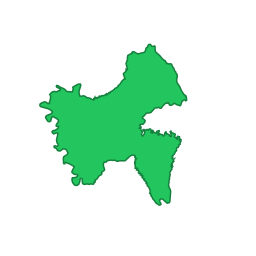 outline of Bokong, Thaba-Tseka, Lesotho, rotated 133°
{"feature_id": "5366337B35229058377929", "entity_name": "Bokong", "entity_type": "district", "adm_level": 2, "iso_a3": "LSO", "parent_name": "Lesotho", "parent_adm1": "Thaba-Tseka", "projection": "orthographic", "projection_center": [28.644, -29.377], "detail": "fine", "context": "isolated", "style": "filled", "palette": "green", "viewbox_px": 256, "rotation_deg": 133, "n_neighbors": 0, "source": "geoboundaries", "source_scale": "gbopen_adm2", "svg_char_len": 5939}
<svg xmlns="http://www.w3.org/2000/svg" viewBox="0 0 256 256"><g transform="rotate(133 128 128)"><path d="M157.0,208.0L157.0,207.3L157.8,205.9L161.4,203.5L162.9,203.1L163.4,202.2L164.7,202.9L165.0,205.6L165.9,207.0L168.6,208.3L170.3,208.7L171.7,207.8L171.9,206.4L168.1,199.0L167.6,196.8L167.6,194.5L168.7,193.9L170.4,194.0L173.9,195.8L175.5,196.0L176.4,195.6L176.8,194.8L177.8,191.2L177.2,189.9L175.8,189.2L172.3,191.0L170.9,190.9L169.8,186.8L169.7,184.2L171.0,183.2L174.2,182.8L175.5,182.0L175.5,181.3L174.2,179.9L175.2,179.2L176.6,179.0L180.1,180.1L181.4,181.1L182.4,181.1L183.1,180.1L183.0,178.3L180.5,177.1L179.7,175.8L181.4,174.5L185.5,172.2L187.3,169.7L187.4,168.4L188.1,167.3L189.5,167.3L190.1,167.8L190.7,169.1L191.5,169.7L192.5,169.0L192.5,168.3L191.9,167.0L192.1,164.6L192.5,164.3L192.0,163.0L191.0,161.9L187.6,161.3L186.2,159.4L185.9,158.3L187.0,155.6L187.0,155.0L189.0,154.4L192.9,155.4L194.2,154.7L197.8,151.0L197.9,150.5L197.2,149.8L195.9,150.3L195.4,149.9L195.0,148.2L194.0,146.0L192.9,140.9L197.7,139.5L198.4,139.1L198.8,138.2L198.5,135.7L196.6,133.1L197.0,132.3L198.6,132.1L199.5,132.4L201.9,134.1L202.1,134.6L202.8,134.7L204.5,133.2L205.7,131.2L206.2,128.4L205.7,127.1L204.8,126.2L203.0,125.6L200.0,126.7L198.2,128.1L197.0,128.2L196.5,126.7L196.7,126.1L197.5,125.8L199.5,123.5L199.4,121.9L196.8,119.7L195.4,117.6L194.3,117.3L193.0,115.1L191.8,115.0L191.0,115.7L190.1,115.2L189.8,115.9L188.9,115.8L188.5,116.5L186.4,115.9L183.1,116.5L180.3,115.7L179.3,115.9L178.4,117.1L175.0,116.4L174.0,117.3L172.4,120.3L170.4,121.9L169.3,122.1L167.9,120.8L165.8,120.7L163.2,118.6L161.8,116.7L160.8,116.1L159.8,113.2L157.4,111.5L154.0,107.8L147.0,107.3L145.4,106.7L143.9,105.4L143.5,104.1L143.7,103.5L144.5,103.4L144.9,102.7L144.6,102.3L145.1,101.5L144.8,101.0L146.0,101.2L146.3,100.5L147.9,100.2L148.2,99.1L148.7,99.4L149.3,98.5L149.7,98.6L150.2,97.4L151.6,96.3L151.7,95.5L152.5,95.2L151.4,94.2L152.6,93.3L152.3,93.2L152.4,92.9L151.8,92.8L152.4,92.4L152.1,92.1L152.0,91.1L152.5,90.8L152.5,90.3L153.6,89.9L153.7,89.4L152.8,89.6L153.5,89.0L152.8,88.1L153.8,87.2L152.6,86.6L153.6,86.0L153.2,85.7L153.0,84.3L154.3,84.4L154.2,83.8L154.6,83.4L154.6,82.8L154.2,81.6L154.7,81.4L154.4,80.8L154.8,80.2L155.2,80.3L155.2,78.8L154.9,78.3L155.4,77.6L155.2,76.9L156.3,76.8L155.9,75.6L157.2,74.4L156.9,73.1L158.1,70.0L159.3,68.5L161.0,67.5L160.7,66.6L161.4,65.8L161.5,64.9L162.0,64.6L162.2,63.0L162.9,61.7L163.2,58.4L163.8,56.5L163.1,52.5L162.0,51.8L161.2,51.9L160.8,52.5L160.5,53.9L159.6,55.2L158.5,55.8L157.6,55.6L156.6,54.6L156.4,54.0L156.3,48.1L154.4,46.9L153.3,47.2L145.3,53.5L144.0,55.6L143.2,58.2L142.7,58.4L141.5,60.0L139.7,60.9L138.9,62.0L137.2,62.7L135.8,64.1L135.1,64.2L134.2,65.1L133.6,65.1L131.8,67.3L130.7,67.3L129.9,67.8L128.3,67.7L127.6,68.8L126.6,68.8L126.6,70.3L125.4,69.5L125.2,71.3L124.4,70.9L123.9,71.8L122.5,71.5L121.7,72.3L121.1,71.8L120.4,73.2L119.3,73.3L120.2,73.7L120.1,74.8L119.8,75.3L119.2,75.1L118.8,76.0L117.9,76.1L117.8,76.5L115.7,76.3L112.8,77.2L111.5,77.0L110.1,78.5L109.0,78.9L107.9,78.1L106.1,78.7L105.6,79.3L104.3,78.8L103.8,79.5L101.5,80.3L100.3,81.3L100.5,82.1L101.7,82.0L99.3,84.4L100.3,86.1L101.6,85.6L102.2,84.3L102.8,84.4L102.4,86.5L102.7,87.7L102.5,88.3L100.6,88.9L100.3,89.4L101.7,93.2L101.0,94.5L101.9,94.7L104.2,90.8L104.8,90.7L105.2,91.0L105.3,92.1L104.9,93.4L105.6,95.5L106.2,96.2L106.0,96.6L105.0,97.0L105.0,97.7L106.3,97.7L108.5,96.5L109.7,96.6L109.5,98.5L110.2,99.4L110.6,101.1L111.1,101.2L112.1,100.6L112.6,101.5L111.2,102.5L108.9,102.9L108.7,103.5L110.9,104.7L112.3,103.9L112.9,104.1L113.5,106.3L112.8,108.0L113.0,108.4L113.7,108.0L114.6,106.6L115.4,106.9L115.5,108.4L113.8,109.6L113.4,110.6L113.7,111.4L114.9,111.8L115.5,111.5L116.0,113.1L117.6,113.4L118.2,115.4L119.0,115.8L119.8,115.0L119.2,113.5L119.5,113.0L121.1,112.1L123.9,111.8L123.7,113.7L121.5,114.6L120.9,115.4L120.7,117.1L119.5,118.4L120.4,119.5L119.8,119.7L118.5,119.1L118.1,120.3L118.3,121.1L117.9,121.5L116.8,121.3L115.0,119.6L112.2,119.7L110.8,120.7L110.8,124.5L109.6,124.8L107.8,124.5L104.5,124.7L102.4,122.6L100.8,121.8L95.0,122.0L93.5,120.5L92.0,119.8L91.7,118.1L90.8,117.2L88.4,117.6L84.3,117.4L82.8,116.0L82.1,116.0L82.4,114.2L82.9,113.5L82.8,112.9L81.4,111.6L78.3,111.0L77.7,108.3L76.2,105.1L75.4,105.0L72.1,106.5L70.8,106.6L69.1,106.0L68.7,105.5L68.8,104.3L67.5,104.1L65.3,107.0L65.6,107.3L65.1,107.7L65.4,108.1L65.1,108.7L65.3,110.0L64.3,114.3L62.5,118.3L61.3,123.4L58.7,126.0L57.0,126.8L55.3,128.7L55.0,130.7L54.4,131.5L54.3,133.1L53.0,135.4L52.8,137.4L51.8,139.2L51.8,140.5L53.5,142.0L53.8,143.3L54.5,143.6L53.4,146.6L53.8,147.7L53.9,150.6L53.4,154.0L53.5,159.7L52.7,161.1L49.8,164.0L49.9,164.5L51.7,165.7L51.9,166.5L51.6,168.7L52.7,169.7L54.0,169.7L55.1,168.9L57.2,169.3L59.4,168.1L60.9,167.6L61.7,167.8L67.2,171.4L68.2,175.7L69.1,176.6L70.1,176.6L70.7,175.8L71.3,176.4L75.0,177.6L76.8,176.6L78.3,175.1L82.2,173.4L85.5,168.3L86.0,168.4L86.3,169.4L86.9,168.6L87.5,168.7L88.2,168.1L91.1,168.5L91.8,168.1L94.0,163.8L94.3,164.3L94.9,164.0L96.9,164.5L102.2,163.7L103.4,164.2L104.2,163.7L106.3,163.8L108.1,164.6L109.1,164.3L112.5,165.1L112.9,165.4L114.4,165.2L114.6,165.7L115.1,165.5L115.3,166.0L115.9,165.6L117.3,166.4L117.9,166.2L117.7,166.7L118.2,166.6L118.2,167.2L120.2,167.3L120.4,167.8L121.2,168.0L122.3,169.3L123.0,169.1L123.8,169.6L123.8,170.3L124.4,170.7L124.6,170.2L125.4,170.1L125.9,170.8L127.2,170.7L127.6,171.2L127.3,171.8L128.3,172.7L128.0,173.2L128.7,173.0L129.0,172.3L129.8,173.1L130.6,172.1L130.9,172.3L131.8,174.0L131.9,175.3L132.7,177.1L133.8,178.7L134.0,180.5L134.7,182.5L136.4,183.6L137.5,184.9L136.2,187.2L134.7,188.8L129.0,191.6L128.4,192.5L128.5,193.2L130.6,194.6L135.6,196.2L136.2,195.8L136.2,195.3L138.8,193.5L139.7,193.4L142.9,197.5L143.1,198.5L142.8,199.9L143.1,201.9L144.5,205.8L144.7,207.9L145.5,209.1L146.5,208.8L146.7,207.8L145.7,204.4L146.0,203.7L146.9,203.3L147.4,203.9L150.4,205.0L151.3,206.6L152.9,207.8L154.8,208.2L157.0,208.0Z" fill="#22c55e" stroke="#15803d" stroke-width="1.5"/></g></svg>